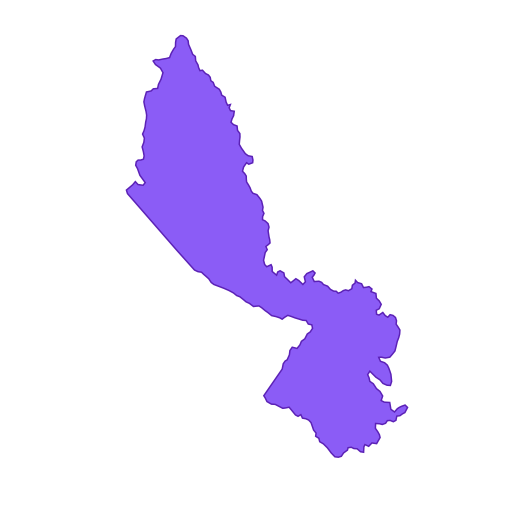 Guarinos, Goiás, Brazil (Natural Earth projection), rotated 144°
{"feature_id": "56859067B11606390380719", "entity_name": "Guarinos", "entity_type": "district", "adm_level": 2, "iso_a3": "BRA", "parent_name": "Brazil", "parent_adm1": "Goiás", "projection": "natural_earth1", "projection_center": [-49.746, -14.703], "detail": "fine", "context": "isolated", "style": "filled", "palette": "violet", "viewbox_px": 512, "rotation_deg": 144, "n_neighbors": 0, "source": "geoboundaries", "source_scale": "gbopen_adm2", "svg_char_len": 4232}
<svg xmlns="http://www.w3.org/2000/svg" viewBox="0 0 512 512"><g transform="rotate(144 256 256)"><path d="M219.2,305.1L221.6,308.5L221.7,311.2L220.7,314.7L220.3,317.9L220.1,321.4L218.7,323.8L216.9,326.4L216.7,329.2L217.1,332.5L213.7,335.3L208.8,337.0L207.9,334.5L203.9,333.4L202.1,335.4L200.6,338.7L203.4,341.7L204.5,345.1L204.4,351.9L203.9,356.2L201.4,359.1L199.0,361.7L197.1,364.5L197.1,368.5L194.9,372.3L197.0,375.5L197.6,378.9L194.7,381.1L191.6,382.7L188.5,385.9L191.2,388.6L190.6,391.7L187.7,393.6L190.4,394.6L189.7,398.1L187.7,402.6L189.2,406.3L188.1,409.3L187.7,412.5L189.7,417.6L188.6,421.6L189.5,424.4L188.0,427.5L188.1,430.4L189.6,433.3L190.1,437.8L192.4,438.9L191.7,442.2L190.6,444.7L190.1,449.3L187.8,453.1L188.7,456.3L187.4,461.3L186.2,466.8L184.4,470.0L184.2,473.1L185.6,477.1L187.5,478.7L193.0,478.5L195.4,476.2L198.1,472.7L201.0,471.8L205.5,469.8L209.3,467.3L212.7,468.6L215.4,470.0L219.6,471.9L221.7,473.9L224.6,474.2L224.8,470.0L222.9,464.2L223.5,459.0L229.0,454.8L234.0,452.2L237.1,449.4L240.8,451.6L243.9,451.2L248.2,453.1L251.2,450.8L253.5,449.0L256.1,446.6L257.8,443.0L260.1,437.3L261.7,434.2L264.0,431.4L266.5,429.2L269.9,425.6L272.9,423.2L276.1,421.3L277.0,417.0L279.9,413.9L284.0,411.2L285.8,406.6L287.7,402.7L290.1,400.5L292.9,401.4L295.0,402.9L297.5,402.6L300.0,400.1L300.5,396.3L302.5,389.5L302.5,380.5L305.8,379.6L309.5,383.2L309.9,387.1L313.9,386.1L322.1,385.5L323.3,382.0L316.9,309.4L316.5,305.2L314.0,280.8L312.2,277.5L309.6,274.9L309.1,272.0L308.4,269.0L307.6,265.3L307.8,260.9L306.8,257.7L301.1,249.0L298.2,244.1L295.9,239.3L294.9,235.4L293.0,232.5L291.8,228.1L291.0,224.8L289.2,221.6L287.7,216.6L285.3,215.3L282.9,213.8L281.8,210.8L280.7,206.4L279.6,203.2L278.4,198.6L275.4,195.2L273.1,192.0L272.0,189.5L269.0,189.6L265.2,189.3L263.1,186.5L260.8,183.0L258.2,179.6L256.0,176.6L253.3,174.3L253.7,170.2L251.3,167.5L252.8,164.2L256.8,162.7L260.3,162.8L265.2,160.3L269.4,160.3L272.6,158.3L277.1,157.1L280.3,160.9L284.1,159.6L287.1,156.4L289.7,154.9L291.8,153.7L294.2,153.9L297.3,152.8L301.3,149.1L331.8,138.4L332.0,135.6L332.7,131.8L330.6,127.1L327.7,124.7L326.1,121.5L323.9,117.1L321.4,115.7L318.1,114.2L317.8,109.8L317.5,104.2L316.2,101.6L313.0,101.3L313.7,97.5L311.3,95.0L309.8,92.3L309.4,88.9L310.6,84.9L311.7,81.4L311.5,77.4L313.7,75.1L312.3,71.6L313.6,68.3L311.9,64.4L311.0,58.9L310.9,52.4L310.2,47.2L307.6,44.8L304.7,43.8L300.9,45.2L296.1,45.2L294.2,46.8L291.3,45.2L290.0,42.7L287.5,40.6L286.5,36.2L284.3,34.0L280.9,38.2L278.7,39.4L276.7,35.8L272.1,36.6L268.7,33.3L262.3,36.2L261.2,38.9L260.8,42.1L260.7,46.4L257.7,50.2L254.6,47.6L252.9,45.5L249.5,44.5L246.5,45.6L244.1,44.1L242.3,41.2L239.4,40.8L236.2,43.7L233.4,42.2L230.1,42.2L227.6,41.8L222.4,44.4L223.0,47.8L226.8,48.9L229.1,49.3L231.4,49.4L235.6,48.4L237.0,52.7L233.9,58.9L238.1,62.3L239.7,65.5L235.8,68.3L235.3,73.6L236.5,77.9L236.2,83.7L237.6,87.7L236.1,91.1L235.4,94.4L231.6,95.9L230.2,87.3L228.5,82.9L228.2,78.3L226.0,74.5L223.4,72.3L220.0,74.8L216.4,81.0L215.4,84.1L214.5,87.2L213.9,90.5L214.7,94.1L217.2,97.7L216.3,101.9L214.1,100.5L211.4,97.5L207.2,95.5L203.0,96.5L199.4,97.5L195.7,100.6L191.9,103.9L188.6,106.0L185.7,108.4L183.1,111.5L182.8,114.9L182.7,118.5L180.4,121.0L179.3,124.3L180.1,127.4L182.0,129.7L185.4,129.0L186.5,131.9L186.6,135.8L191.2,135.9L192.7,138.0L190.6,141.4L187.3,140.9L183.1,143.3L182.7,147.3L183.4,151.1L181.0,155.2L183.9,159.6L181.6,161.1L182.6,164.8L185.0,165.8L187.6,167.3L186.9,171.5L189.4,174.8L189.8,177.9L191.7,175.9L195.2,175.7L197.7,173.2L201.6,173.6L203.4,175.9L205.7,176.7L208.6,176.8L211.4,177.6L211.8,180.3L213.8,181.9L215.4,185.2L215.8,189.5L218.2,193.2L218.4,196.1L219.9,198.6L223.9,201.1L223.0,205.8L220.5,206.4L218.2,207.5L218.7,210.6L222.3,211.3L225.2,211.9L229.2,210.8L231.2,206.1L234.8,205.4L235.8,211.0L237.1,214.2L240.7,214.0L243.6,213.9L244.5,219.4L245.1,222.5L243.4,225.9L245.2,229.9L247.8,230.3L250.6,228.4L252.0,233.9L249.5,237.5L248.9,240.1L253.6,241.0L254.0,244.0L252.4,248.1L250.0,250.2L246.5,253.4L243.2,254.5L242.4,257.9L239.4,258.0L237.0,258.3L235.3,261.2L234.3,263.7L231.4,269.3L228.5,271.7L227.2,275.1L228.0,279.0L229.4,281.5L227.5,284.0L224.5,285.8L224.0,289.0L221.6,291.4L219.2,297.1L219.0,300.0L219.2,305.1Z" fill="#8b5cf6" stroke="#5b21b6" stroke-width="1.5"/></g></svg>